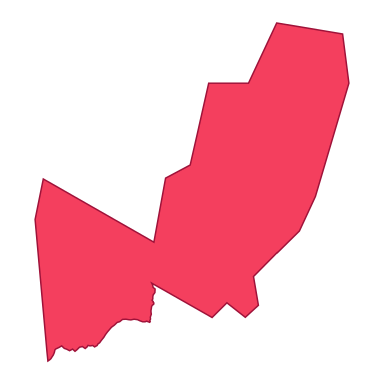 the district of Unggai/Benna District, Eastern Highlands, Papua New Guinea
{"feature_id": "67681753B48115822979868", "entity_name": "Unggai/Benna District", "entity_type": "district", "adm_level": 2, "iso_a3": "PNG", "parent_name": "Papua New Guinea", "parent_adm1": "Eastern Highlands", "projection": "natural_earth1", "projection_center": [145.385, -6.1], "detail": "fine", "context": "isolated", "style": "filled", "palette": "rose", "viewbox_px": 384, "rotation_deg": 0, "n_neighbors": 0, "source": "geoboundaries", "source_scale": "gbopen_adm2", "svg_char_len": 1222}
<svg xmlns="http://www.w3.org/2000/svg" viewBox="0 0 384 384"><path d="M47.9,361.0L49.8,359.7L50.9,358.7L52.1,356.8L53.3,355.0L54.3,352.6L55.0,349.7L55.9,348.9L58.9,347.5L61.7,345.9L64.3,348.4L66.7,349.2L69.6,350.7L72.6,349.1L75.0,351.3L76.9,349.8L79.5,347.2L81.4,346.8L82.3,346.5L85.2,348.5L87.0,347.0L88.0,345.4L90.0,345.9L92.8,345.5L94.6,346.9L97.1,345.5L97.9,344.0L99.7,342.7L101.1,340.7L103.9,337.2L105.4,334.7L107.4,332.0L109.2,329.9L111.4,327.3L114.4,325.1L117.2,322.4L119.7,321.7L122.5,319.4L125.9,319.2L128.8,319.7L130.9,319.9L134.1,319.2L137.6,319.7L139.7,320.7L142.7,321.8L145.1,321.8L146.6,321.2L149.7,322.3L150.2,321.6L149.8,320.7L150.5,319.1L150.3,317.2L151.3,314.2L151.0,312.0L151.0,310.3L151.3,308.8L151.6,306.5L152.4,305.1L153.6,304.4L153.9,303.0L153.2,302.3L153.2,301.6L152.1,300.3L152.8,298.9L152.8,296.7L153.2,294.9L154.9,292.6L155.1,289.0L153.1,287.4L152.6,284.9L151.8,283.2L212.1,317.5L226.9,302.8L245.3,317.3L258.4,305.3L253.5,276.5L277.1,252.6L277.3,252.8L299.4,231.0L315.4,196.5L348.9,83.2L342.6,34.0L276.7,23.0L248.5,83.2L208.7,83.2L197.3,133.9L190.2,165.0L165.6,178.1L153.9,242.2L90.2,205.8L43.3,179.0L35.1,219.5L47.0,352.2L47.9,361.0Z" fill="#f43f5e" stroke="#9f1239" stroke-width="1.5"/></svg>